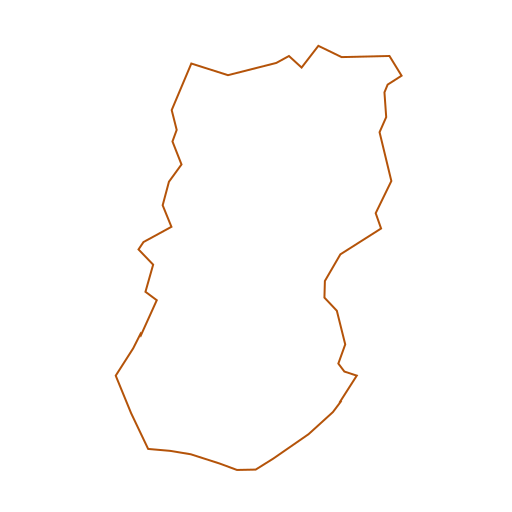 the border of Mid Ulster, rotated 95°
{"feature_id": "GBR-2091", "entity_name": "Mid Ulster", "entity_type": "Province", "adm_level": 1, "iso_a3": "GBR", "parent_name": "United Kingdom", "parent_adm1": "", "projection": "mercator", "projection_center": [-6.696, 54.64], "detail": "fine", "context": "isolated", "style": "outline", "palette": "amber", "viewbox_px": 512, "rotation_deg": 95, "n_neighbors": 0, "source": "natural_earth", "source_scale": "10m", "svg_char_len": 838}
<svg xmlns="http://www.w3.org/2000/svg" viewBox="0 0 512 512"><g transform="rotate(95 256 256)"><path d="M118.0,352.7L69.9,337.2L78.3,299.7L61.9,252.6L53.9,240.6L64.3,227.0L41.2,212.2L50.4,188.1L45.1,140.5L63.7,126.7L73.8,139.8L81.8,142.3L106.3,138.4L121.9,143.7L169.5,127.7L202.9,140.5L217.7,133.8L247.0,172.1L274.9,185.2L291.5,184.2L303.5,170.7L336.3,159.4L356.0,164.6L363.4,157.9L366.4,145.2L392.8,159.0L393.8,159.5L393.9,159.0L404.8,165.8L411.4,171.9L428.9,188.1L456.3,221.1L468.8,237.7L470.8,256.3L465.9,274.2L459.2,303.7L457.6,324.5L457.6,346.6L456.8,347.1L423.5,366.7L389.8,384.1L387.4,385.3L358.7,370.3L343.7,364.3L344.9,363.7L308.7,351.0L301.3,363.0L273.6,357.7L259.7,373.6L251.9,369.3L234.3,342.8L213.6,353.4L189.6,349.2L171.3,338.2L149.2,349.2L137.3,346.0L118.0,352.7Z" fill="none" stroke="#b45309" stroke-width="2"/></g></svg>